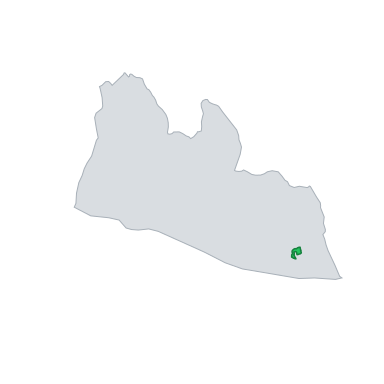 Kpi, Grand Kru, Liberia shown in context, rotated 338°
{"feature_id": "62588387B64851496201268", "entity_name": "Kpi", "entity_type": "district", "adm_level": 2, "iso_a3": "LBR", "parent_name": "Liberia", "parent_adm1": "Grand Kru", "projection": "natural_earth1", "projection_center": [-8.139, 4.966], "detail": "fine", "context": "in_parent", "style": "filled", "palette": "green", "viewbox_px": 384, "rotation_deg": 338, "n_neighbors": 0, "source": "geoboundaries", "source_scale": "gbopen_adm2", "svg_char_len": 3840}
<svg xmlns="http://www.w3.org/2000/svg" viewBox="0 0 384 384"><g transform="rotate(338 192 192)"><path d="M77.1,162.0L80.1,159.1L84.5,149.8L90.6,140.9L96.3,135.6L100.8,130.1L105.5,125.9L112.4,121.1L122.8,108.2L125.3,106.7L127.0,97.8L129.6,86.5L132.6,83.0L139.8,80.9L141.4,78.9L144.0,70.9L145.6,61.6L145.7,59.6L148.5,59.4L153.3,57.4L156.1,58.3L157.3,60.9L157.9,63.2L172.5,57.4L173.7,56.2L174.5,56.4L176.3,61.6L177.4,61.3L178.2,59.8L179.2,59.6L180.3,60.4L181.5,62.8L183.3,65.0L186.5,66.5L188.5,68.6L188.2,74.2L189.0,79.6L190.3,80.9L191.1,84.1L191.4,87.7L192.2,89.6L192.7,93.2L192.4,97.0L193.0,99.7L195.3,104.4L196.8,110.3L196.8,114.5L195.9,118.9L194.4,122.9L191.7,127.3L191.4,129.0L193.0,130.1L195.5,130.4L197.5,129.5L202.7,131.5L205.3,134.4L207.7,137.9L209.8,139.7L210.8,142.0L214.4,141.4L218.7,139.2L219.6,138.2L220.8,138.7L223.5,138.9L225.5,135.0L227.0,130.5L230.3,125.7L231.9,123.8L232.3,120.7L232.5,116.7L233.7,113.2L236.4,111.3L239.3,111.3L240.9,112.0L241.7,115.4L244.1,118.0L246.1,119.7L247.2,120.5L248.8,122.5L250.4,129.3L256.7,151.2L256.4,157.2L255.1,161.2L255.1,165.0L254.7,168.9L250.8,175.1L239.5,187.9L240.4,189.0L243.1,190.5L245.9,191.3L248.1,190.9L251.0,194.1L254.0,198.1L257.2,200.2L261.9,202.0L266.0,202.2L269.4,201.5L274.3,202.3L279.5,205.6L281.4,211.1L282.6,215.9L284.4,218.3L284.7,222.5L288.4,226.1L293.7,226.9L300.5,231.1L302.2,230.9L303.0,230.4L303.8,231.2L305.6,243.5L306.9,250.0L306.2,252.7L305.3,254.7L305.2,264.7L302.1,270.4L301.6,276.7L300.7,278.7L297.4,280.5L297.4,285.3L296.5,291.1L296.2,297.3L297.1,313.5L297.3,325.5L298.8,327.8L292.3,326.8L273.4,317.6L258.8,312.3L209.9,282.2L196.3,270.1L180.7,252.1L145.9,215.8L138.0,210.0L128.0,207.2L121.8,204.1L117.4,200.7L113.9,190.7L105.2,184.7L89.2,176.2L77.1,162.0Z" fill="#d9dde1" stroke="#a8b0b8" stroke-width="1"/><path d="M263.3,292.8L263.3,292.6L263.3,292.2L263.3,291.9L263.2,291.9L263.1,291.7L263.0,291.4L263.0,291.2L263.1,290.7L263.1,290.4L263.1,290.2L263.0,289.7L263.0,289.3L263.0,289.2L262.9,288.9L262.8,288.7L262.9,288.4L263.0,288.4L263.3,288.2L263.5,288.1L263.6,287.9L263.6,287.7L263.8,287.4L263.8,287.2L263.9,286.9L263.9,286.4L263.9,286.2L264.0,286.0L264.0,285.9L264.3,285.9L264.5,285.9L264.8,285.9L265.0,285.9L265.2,286.0L265.5,286.0L265.9,286.1L266.0,286.2L266.1,286.4L266.2,286.5L266.3,286.6L266.3,286.8L266.3,287.0L266.3,287.5L266.2,287.8L266.2,288.1L266.1,288.3L266.1,288.5L266.0,289.0L265.9,289.3L266.0,289.5L266.4,289.6L266.5,289.6L266.8,289.7L267.0,289.7L267.3,289.7L267.5,289.7L267.8,289.7L268.0,289.7L268.4,289.7L268.5,289.7L268.7,289.8L268.9,289.9L269.0,289.9L269.5,289.8L269.8,289.7L270.2,289.6L270.5,289.4L270.6,289.2L270.7,288.7L270.7,288.3L270.7,288.2L270.8,287.9L270.9,287.6L270.8,287.4L271.0,287.3L271.1,287.2L271.1,286.9L270.9,286.8L270.9,286.7L271.0,286.6L271.1,286.1L271.2,285.8L271.2,285.7L271.2,285.4L271.2,285.2L271.2,284.9L271.3,284.6L271.4,284.3L271.4,284.1L271.5,284.0L271.5,283.8L271.5,283.7L271.3,283.6L271.0,283.5L270.7,283.4L270.3,283.3L270.1,283.3L269.9,283.4L269.7,283.4L269.3,283.3L269.2,283.3L268.9,283.3L268.5,283.4L268.1,283.6L267.7,283.7L267.4,283.7L267.2,283.7L266.9,283.4L266.7,283.3L266.5,283.2L266.3,283.1L266.1,283.1L265.9,283.1L265.7,283.1L265.3,283.1L265.0,283.1L264.8,283.2L264.4,283.4L264.1,283.4L263.7,283.6L263.4,283.7L263.0,283.9L262.9,284.1L262.6,284.5L262.4,284.8L262.3,285.2L262.3,285.4L262.3,285.6L262.2,285.8L262.2,286.2L262.1,286.5L262.0,286.8L261.8,286.9L261.7,287.1L261.4,287.3L261.1,287.5L260.9,287.6L260.8,287.8L260.7,288.0L260.6,288.3L260.5,288.5L260.4,288.8L260.3,289.0L260.1,289.3L260.0,289.7L260.1,289.8L260.3,289.9L260.5,290.0L260.7,290.3L260.8,290.3L260.8,290.5L261.0,290.9L261.0,291.0L261.1,291.3L261.3,291.4L261.5,291.5L261.8,291.6L262.0,291.7L262.1,291.9L262.1,292.0L262.3,292.2L262.5,292.5L262.8,292.6L263.1,292.8L263.3,292.8Z" fill="#22c55e" stroke="#15803d" stroke-width="1.5"/></g></svg>